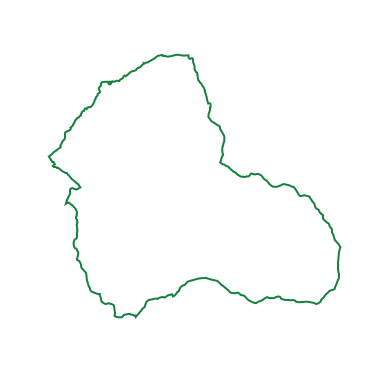 outline of Stoenesti, Arges, Romania, rotated 75°
{"feature_id": "2599482B20714759843638", "entity_name": "Stoenesti", "entity_type": "district", "adm_level": 2, "iso_a3": "ROU", "parent_name": "Romania", "parent_adm1": "Arges", "projection": "equal_earth", "projection_center": [25.234, 45.276], "detail": "fine", "context": "isolated", "style": "outline", "palette": "green", "viewbox_px": 384, "rotation_deg": 75, "n_neighbors": 0, "source": "geoboundaries", "source_scale": "gbopen_adm2", "svg_char_len": 5950}
<svg xmlns="http://www.w3.org/2000/svg" viewBox="0 0 384 384"><g transform="rotate(75 192 192)"><path d="M227.8,320.6L229.6,318.7L232.9,318.0L236.5,318.4L242.4,315.4L244.5,315.4L248.9,316.2L253.7,316.2L256.5,316.1L258.3,315.5L260.0,315.6L261.6,315.3L262.1,314.9L264.2,312.2L265.7,310.0L266.5,308.7L266.7,307.5L267.7,307.8L271.0,307.5L274.1,307.8L274.6,307.6L276.3,306.3L277.2,305.4L278.0,303.9L277.8,302.5L278.0,301.1L279.6,298.5L280.8,297.1L282.0,296.9L289.1,297.7L289.8,297.9L291.0,298.7L291.9,298.8L293.3,297.0L294.1,295.2L294.8,292.2L294.5,291.6L293.0,289.4L293.5,284.5L295.3,281.2L296.7,279.5L296.7,278.8L298.2,278.6L297.1,277.4L295.4,274.5L294.4,273.4L293.7,272.1L291.8,269.9L291.0,267.7L286.4,264.6L285.0,261.6L285.3,260.0L285.4,255.2L285.7,254.2L286.4,252.9L285.9,252.0L285.7,251.1L285.8,247.3L286.6,246.3L286.9,245.5L286.8,244.9L285.9,243.1L285.6,242.0L285.6,237.8L285.8,237.6L287.9,237.6L287.9,237.0L287.6,235.7L286.7,234.2L284.7,231.9L284.4,230.3L282.5,229.1L280.9,227.6L280.0,225.1L279.7,222.8L278.7,221.2L277.7,220.1L277.3,217.1L277.4,214.3L277.3,208.5L277.8,204.6L278.6,200.9L282.1,195.1L284.3,190.8L286.6,189.1L289.4,187.7L291.4,185.8L296.5,182.3L299.2,180.9L299.8,179.4L300.6,178.0L300.9,176.3L301.0,174.2L301.4,173.2L304.2,171.5L305.1,169.3L305.7,168.5L307.8,167.2L309.8,166.3L311.8,164.7L314.9,161.1L315.9,159.1L316.0,158.6L315.2,156.9L314.8,152.7L313.6,149.3L313.0,146.9L313.3,146.1L314.2,145.4L314.4,144.9L314.7,144.1L314.9,142.7L315.7,140.7L315.2,137.8L315.3,135.5L315.8,134.5L316.4,133.9L318.4,133.4L318.9,132.7L319.4,131.4L320.1,130.7L321.1,127.3L322.1,124.8L322.6,122.0L323.9,120.3L325.0,119.8L325.7,118.5L326.7,114.7L327.4,110.5L328.1,108.2L330.6,103.1L331.4,102.0L332.1,101.5L332.3,100.8L332.3,98.9L331.2,96.2L330.3,95.7L329.0,94.3L328.2,92.7L326.9,90.8L326.2,90.2L323.3,85.0L322.8,82.3L322.9,80.4L322.6,79.4L320.8,78.3L317.3,75.5L315.4,74.3L313.1,72.3L309.7,71.3L304.6,71.0L296.9,68.9L294.6,67.8L293.1,67.5L287.8,65.4L284.7,63.7L283.7,62.9L282.4,63.4L280.7,63.6L276.6,65.9L274.6,66.5L269.9,66.6L267.1,67.2L264.0,66.5L262.7,67.1L261.7,67.3L261.1,67.9L259.1,67.8L257.6,68.3L256.3,69.6L251.9,72.3L249.8,71.9L248.4,71.3L246.6,72.9L246.1,72.8L244.9,73.8L243.4,74.2L242.0,74.3L240.8,75.6L239.2,76.7L237.5,76.9L234.9,76.8L232.3,78.2L230.1,78.7L228.0,79.6L226.9,79.6L225.5,82.2L224.6,83.4L224.3,84.2L224.0,88.5L221.7,89.8L217.6,90.8L213.5,92.4L213.3,92.8L213.2,93.0L213.4,93.1L213.0,93.7L210.5,96.6L210.1,97.6L208.7,99.9L208.0,102.0L208.0,102.8L208.5,104.0L208.9,108.3L208.7,109.8L208.1,111.6L207.4,112.9L206.1,114.0L203.3,115.8L202.6,115.9L200.4,116.9L198.4,118.8L193.9,120.8L191.6,123.3L191.3,126.8L189.5,129.9L189.6,130.4L191.3,132.5L191.5,133.0L191.0,135.7L191.3,136.5L191.1,137.5L190.4,138.5L190.2,139.9L189.9,140.6L188.2,142.4L187.3,143.0L187.0,143.7L185.0,144.6L184.0,145.5L183.5,146.3L181.2,148.0L180.3,148.6L179.3,149.0L178.5,149.8L176.8,150.3L176.5,150.6L176.2,151.7L175.7,152.3L174.2,153.3L173.1,155.2L172.3,156.0L170.6,157.2L170.0,156.5L169.0,155.8L167.2,155.0L166.8,154.5L166.2,154.3L164.1,152.3L163.3,152.5L159.3,152.0L156.0,150.7L154.8,149.8L152.6,148.7L151.5,147.7L150.4,147.5L147.5,146.5L145.7,146.5L138.7,148.4L137.0,148.5L136.0,148.1L129.0,154.6L127.5,155.4L123.8,156.7L123.4,156.7L120.9,155.7L120.2,155.3L119.9,154.9L116.9,153.1L116.5,152.9L115.7,153.1L115.3,152.9L114.9,152.2L114.4,151.9L111.9,151.4L111.1,151.7L110.6,152.6L110.7,153.4L106.5,153.6L104.2,153.3L99.2,153.4L98.3,153.7L97.8,153.3L96.0,153.4L93.5,153.8L91.9,154.6L90.0,155.0L88.9,155.5L88.1,156.1L87.2,156.2L86.4,156.7L85.2,157.0L78.4,156.3L77.8,156.4L76.9,157.2L73.8,157.8L72.2,157.2L69.9,156.9L67.4,157.3L63.4,156.8L62.7,157.3L62.9,159.5L62.4,160.1L61.8,160.4L59.6,160.4L59.2,160.1L58.5,162.4L58.3,164.2L57.2,167.2L56.3,168.6L55.5,171.3L55.3,178.1L55.0,179.6L55.1,180.1L54.4,181.6L53.6,183.0L53.0,184.9L52.4,184.9L52.3,185.4L52.0,185.4L51.8,186.5L51.7,189.6L52.3,191.6L53.4,193.9L55.0,200.4L55.4,200.9L55.2,202.0L55.2,203.7L55.6,204.7L54.9,205.5L56.0,205.9L56.3,207.1L57.7,209.1L58.1,210.6L58.3,212.6L59.7,214.6L60.0,216.4L59.9,219.5L61.5,222.9L62.1,223.8L62.6,225.4L63.0,226.0L62.1,226.8L62.1,227.3L62.3,227.7L63.8,229.1L64.3,230.0L64.6,231.3L65.0,232.4L66.0,233.6L65.2,235.1L65.0,236.3L65.3,238.0L65.0,239.8L65.1,240.1L64.4,240.5L64.7,241.3L65.2,241.8L66.1,242.0L66.6,242.6L66.8,243.2L66.7,243.8L66.0,244.5L65.5,244.6L64.7,244.0L64.2,243.2L63.0,247.8L62.6,250.4L63.3,251.6L65.4,252.3L67.3,254.9L68.1,255.3L71.4,254.9L71.8,255.2L72.4,256.2L72.9,257.6L74.4,258.4L75.8,260.4L77.1,261.0L77.8,262.1L79.7,263.0L82.5,265.8L83.0,266.9L83.6,267.4L83.7,268.1L83.5,269.5L83.2,270.1L83.3,271.1L84.1,271.5L84.6,272.3L84.2,272.5L84.1,273.0L83.7,273.5L84.3,274.5L84.9,274.6L85.7,275.5L85.5,276.0L86.1,276.9L86.3,277.7L87.1,278.0L87.7,278.9L88.3,279.3L89.2,279.4L89.2,280.1L90.6,281.7L90.6,282.9L91.1,284.3L92.0,284.9L92.3,285.9L94.4,287.7L94.9,287.9L95.9,289.3L96.8,289.7L97.3,290.4L98.3,292.6L98.8,292.5L99.6,292.8L100.6,293.7L101.5,298.8L103.0,299.7L107.2,300.8L108.2,301.7L108.8,302.8L109.9,304.2L113.3,307.1L114.8,307.3L117.9,315.4L119.8,318.8L120.6,321.1L126.9,319.1L127.1,318.0L129.8,317.3L130.8,319.7L131.9,319.1L132.8,316.8L133.9,316.2L133.9,315.1L138.4,311.9L139.1,310.9L140.7,309.4L141.4,307.9L142.9,307.5L144.3,306.6L148.3,304.8L150.7,303.0L154.0,300.9L154.5,300.1L158.7,298.7L158.9,300.0L159.4,301.2L159.7,303.0L157.4,306.4L157.3,308.3L157.7,308.8L158.9,309.4L161.9,310.0L167.6,315.0L170.7,316.9L170.0,314.8L170.2,314.0L171.8,312.6L172.4,312.4L173.3,311.5L174.9,310.5L178.3,308.8L180.7,308.3L182.7,308.6L184.1,309.4L185.2,309.4L185.9,310.3L187.2,310.8L189.7,310.2L190.7,310.6L191.5,310.4L192.0,310.6L194.3,312.1L196.0,312.0L197.7,312.6L198.9,312.4L199.6,312.9L200.3,313.0L201.5,313.7L205.7,314.7L206.9,315.6L207.4,317.2L208.1,318.1L209.1,318.9L211.0,319.7L213.9,320.1L215.5,319.8L216.2,319.3L216.5,318.7L217.6,318.1L219.5,318.0L220.3,317.5L221.6,317.6L226.0,319.8L227.0,320.5L227.8,320.6Z" fill="none" stroke="#15803d" stroke-width="2"/></g></svg>